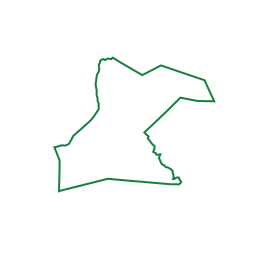 Milagres, Ceará, Brazil, rotated 64°
{"feature_id": "56859067B57580230718616", "entity_name": "Milagres", "entity_type": "district", "adm_level": 2, "iso_a3": "BRA", "parent_name": "Brazil", "parent_adm1": "Ceará", "projection": "mercator", "projection_center": [-38.943, -7.27], "detail": "fine", "context": "isolated", "style": "outline", "palette": "green", "viewbox_px": 256, "rotation_deg": 64, "n_neighbors": 0, "source": "geoboundaries", "source_scale": "gbopen_adm2", "svg_char_len": 1655}
<svg xmlns="http://www.w3.org/2000/svg" viewBox="0 0 256 256"><g transform="rotate(64 128 128)"><path d="M113.1,202.6L125.2,203.5L127.0,203.7L133.1,206.6L154.6,217.7L155.0,214.7L161.4,184.6L164.8,168.4L171.1,158.0L179.3,144.4L181.2,141.1L190.3,126.0L192.8,121.8L197.1,114.6L201.0,106.8L200.1,104.0L198.2,103.9L196.9,104.4L195.0,103.9L194.0,105.4L193.8,107.1L194.2,108.6L193.5,109.9L192.3,108.6L189.9,107.7L187.9,107.6L186.3,106.7L184.1,107.3L182.6,108.4L181.0,109.4L180.1,110.7L179.0,111.5L177.3,111.9L176.0,113.0L174.7,113.5L173.1,113.6L171.4,113.3L168.7,113.4L167.3,112.1L165.9,110.5L165.3,112.1L164.5,114.1L163.0,114.1L161.7,114.8L160.7,115.8L159.5,114.9L158.4,113.5L157.1,112.6L155.6,112.0L153.4,113.2L145.9,114.7L144.6,113.2L142.1,114.3L139.2,115.2L137.4,109.7L135.9,104.7L129.7,85.2L123.7,67.6L134.1,53.8L141.8,38.8L118.6,38.3L117.0,39.9L86.2,71.0L86.7,92.0L63.7,107.4L61.6,108.6L59.4,110.0L58.0,111.1L58.8,112.8L57.7,114.3L56.8,115.4L56.7,117.3L56.9,118.9L55.2,120.0L55.0,121.6L55.5,123.7L56.9,124.5L58.4,126.5L60.0,127.1L62.0,127.8L63.5,128.8L64.7,129.8L66.2,132.1L67.8,133.5L69.3,134.5L70.9,135.5L73.1,137.0L75.0,138.2L78.3,139.1L80.1,139.6L81.8,140.3L83.9,141.5L85.6,142.0L87.5,142.1L90.4,143.5L93.3,143.6L95.1,144.7L96.7,145.3L98.1,146.0L99.7,148.5L100.6,150.1L101.3,151.4L102.8,153.8L103.4,155.3L104.8,158.2L105.4,160.2L105.9,161.9L106.3,163.4L106.8,165.2L107.3,167.1L107.9,168.9L108.8,172.2L109.3,174.3L109.9,176.4L110.5,178.2L110.9,180.2L111.8,181.6L113.0,183.2L114.1,184.6L115.1,186.2L116.3,187.8L116.5,190.3L116.2,192.2L114.9,194.4L114.2,196.5L113.9,198.9L113.5,200.8L113.1,202.6Z" fill="none" stroke="#15803d" stroke-width="2"/></g></svg>